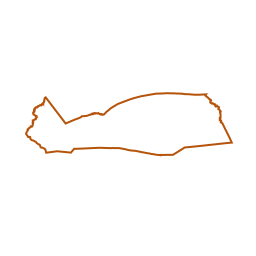 Sinazongwe, Southern, Zambia, rotated 53°
{"feature_id": "96606910B20600796740117", "entity_name": "Sinazongwe", "entity_type": "district", "adm_level": 2, "iso_a3": "ZMB", "parent_name": "Zambia", "parent_adm1": "Southern", "projection": "natural_earth1", "projection_center": [27.144, -17.456], "detail": "fine", "context": "isolated", "style": "outline", "palette": "amber", "viewbox_px": 256, "rotation_deg": 53, "n_neighbors": 0, "source": "geoboundaries", "source_scale": "gbopen_adm2", "svg_char_len": 5211}
<svg xmlns="http://www.w3.org/2000/svg" viewBox="0 0 256 256"><g transform="rotate(53 128 128)"><path d="M100.9,140.7L100.6,140.9L100.5,141.1L100.3,141.7L100.4,142.0L100.2,142.1L98.2,142.7L98.1,143.0L98.2,143.6L97.9,143.8L96.9,144.6L96.9,145.2L96.9,145.4L96.8,145.5L96.3,145.4L95.9,145.7L96.0,146.2L96.0,147.4L96.0,147.5L95.7,147.9L95.5,147.5L95.3,147.2L95.0,147.8L94.9,148.0L94.9,148.3L94.8,148.7L94.9,148.8L95.0,148.8L95.0,149.3L94.8,149.7L94.8,150.0L94.7,150.3L94.3,150.8L93.7,153.1L93.0,154.5L90.9,157.7L90.8,157.9L90.9,158.4L91.0,159.5L90.5,161.5L89.1,166.1L86.9,175.1L54.0,175.3L53.9,175.8L53.9,176.0L54.1,176.7L54.3,177.0L55.1,177.5L55.2,177.9L55.3,178.1L55.5,178.2L55.5,178.3L55.8,178.6L56.1,178.8L56.3,178.9L56.3,179.1L56.6,179.3L56.9,179.7L57.1,180.4L57.1,180.6L57.0,180.8L57.3,181.0L57.2,181.0L57.3,181.3L57.4,181.5L57.5,181.8L57.3,182.0L57.6,182.5L57.7,182.9L57.7,183.2L57.3,183.1L57.4,183.6L57.4,183.9L57.2,184.0L57.0,184.3L57.0,184.6L56.8,184.6L56.8,184.8L56.8,185.6L56.8,186.0L56.7,186.2L56.7,186.5L56.7,186.8L56.7,187.0L56.8,187.1L56.7,187.3L56.4,187.2L56.4,187.6L56.5,187.9L56.5,188.2L56.4,188.4L56.6,188.5L56.4,188.7L56.4,188.9L56.4,189.1L56.2,189.2L56.2,189.4L56.1,189.5L56.3,190.1L56.3,190.3L56.2,190.6L56.3,190.7L56.6,190.9L56.4,191.4L56.5,191.6L56.7,191.8L57.0,191.7L57.2,191.4L57.3,191.5L57.5,192.0L57.7,192.4L57.8,192.3L57.9,192.0L58.0,192.1L58.1,192.3L57.9,192.4L58.2,192.6L58.3,192.9L58.5,192.9L58.6,193.0L58.3,193.3L58.2,193.3L58.6,193.7L58.5,194.2L58.6,194.4L58.7,194.6L59.0,194.8L59.2,194.7L59.5,194.9L59.6,195.0L60.3,195.4L60.5,195.3L60.5,195.1L60.8,195.0L61.7,194.7L62.0,194.6L62.8,194.2L63.1,194.2L63.4,194.2L63.5,194.2L63.3,194.4L63.3,194.5L63.5,194.8L63.7,194.7L63.8,194.3L64.1,194.6L64.1,194.9L64.5,195.1L64.8,195.2L64.9,195.5L65.1,195.6L65.4,196.2L65.5,196.5L65.4,196.6L65.0,197.0L65.1,197.3L65.0,197.7L65.1,197.9L64.9,198.5L65.1,199.4L64.8,199.6L65.4,200.1L65.9,200.1L66.2,200.3L66.4,200.2L66.5,200.3L66.6,201.1L66.8,201.1L67.1,201.3L67.5,201.3L67.7,201.6L67.9,201.9L68.1,202.3L68.7,202.7L68.7,202.8L68.7,203.5L69.0,203.8L69.1,204.0L68.9,204.4L68.8,204.5L68.2,204.6L68.1,204.8L68.4,205.1L68.7,206.2L68.5,207.0L68.5,207.8L68.6,208.3L68.7,208.6L68.8,208.9L69.0,208.8L69.3,208.7L69.5,209.2L69.9,210.3L70.4,211.5L71.0,212.6L71.2,212.8L71.3,212.9L72.1,213.0L74.1,213.0L74.9,213.2L75.0,213.1L75.3,213.0L75.7,212.2L76.0,211.8L76.1,211.7L76.4,211.6L76.6,211.6L77.2,212.1L77.7,212.4L78.1,212.5L78.9,212.4L79.7,212.2L81.6,210.8L82.4,210.6L83.5,210.0L83.9,209.9L84.7,210.0L85.0,210.0L85.7,209.7L86.9,209.4L87.2,209.3L87.5,209.1L87.7,208.9L87.9,208.7L88.8,208.6L89.7,209.0L90.6,209.3L90.8,209.4L91.0,209.3L91.4,209.1L92.0,208.3L92.7,207.9L94.3,207.1L94.9,207.1L95.3,206.9L98.5,208.2L104.0,198.5L113.3,188.4L112.2,183.5L113.2,182.2L115.4,179.1L126.6,162.7L133.7,153.9L135.4,151.4L136.3,150.5L137.4,148.8L139.1,146.8L139.9,146.1L140.5,145.5L142.9,143.3L145.4,141.3L146.4,140.5L147.1,139.7L148.5,138.4L150.1,136.4L152.0,134.7L153.6,133.2L154.3,132.7L155.0,132.0L157.0,130.2L157.9,129.4L158.9,128.5L160.7,126.8L161.6,125.9L162.9,124.9L163.9,123.7L165.7,122.2L166.4,121.5L167.1,120.7L167.5,120.2L168.3,119.4L168.5,119.2L168.4,119.2L176.5,108.2L177.6,95.7L177.6,94.6L185.1,82.3L196.7,62.8L199.3,58.5L202.1,53.9L195.7,52.5L186.8,50.9L181.2,49.8L180.7,49.8L180.3,50.1L179.4,50.4L179.2,50.4L178.7,49.4L178.3,49.3L178.0,49.3L177.8,49.7L177.5,49.9L177.0,50.0L176.8,50.0L176.6,49.6L176.5,49.0L176.4,48.8L176.1,48.6L175.7,48.8L175.3,48.8L175.2,48.8L175.1,48.6L175.3,47.9L175.2,47.7L174.9,47.3L174.0,46.9L172.8,45.8L172.0,45.6L171.7,45.4L171.3,45.4L171.1,45.2L171.0,44.9L171.0,44.6L170.9,44.3L170.6,44.4L170.1,44.5L170.0,44.4L169.9,44.3L170.0,44.0L169.9,43.9L169.7,43.8L167.5,44.3L167.3,44.5L167.1,44.4L166.8,43.8L166.7,43.5L166.6,43.4L166.5,43.0L166.4,42.9L166.0,42.8L165.6,43.0L165.4,43.2L165.2,43.2L164.9,43.3L164.6,43.5L164.1,43.7L163.5,43.5L163.4,43.6L163.6,44.1L164.0,44.3L164.0,44.5L163.9,44.7L163.7,45.0L163.3,45.0L163.1,44.9L162.7,45.0L162.2,44.8L161.4,44.3L161.2,44.3L160.8,44.9L160.5,45.3L160.3,45.4L160.2,45.4L159.7,45.2L159.3,45.7L159.0,45.7L158.8,46.4L158.7,46.4L158.1,46.6L157.2,47.0L157.0,46.9L156.8,46.4L156.6,46.1L156.2,46.1L155.8,45.9L155.7,45.8L155.8,45.4L156.0,45.5L156.1,45.4L156.1,45.1L155.9,44.9L155.1,45.0L154.8,45.1L154.5,45.3L153.9,45.7L153.6,45.7L153.4,45.6L153.1,45.6L152.4,45.8L152.0,45.9L151.7,45.9L151.5,46.0L151.1,46.1L150.9,46.1L150.3,46.3L150.2,46.4L149.8,46.4L149.3,46.5L148.8,46.7L148.7,46.7L148.7,46.3L148.6,46.1L147.8,46.0L147.8,45.9L147.1,46.9L144.5,50.8L142.0,54.2L139.0,57.6L138.6,58.1L138.1,58.6L137.6,59.1L136.8,60.2L135.5,61.8L134.9,62.5L133.1,64.2L132.4,65.2L131.9,65.7L130.9,66.9L129.5,68.7L128.3,70.0L127.8,70.8L127.3,71.3L125.8,73.3L123.9,75.6L123.3,76.5L121.9,78.6L121.4,79.4L120.6,80.6L119.8,81.5L119.5,82.1L117.4,85.0L110.5,98.5L107.4,106.1L106.9,107.6L106.5,108.9L106.0,110.2L105.4,112.5L104.8,114.4L102.8,121.3L102.5,123.0L102.5,123.7L102.4,124.5L102.3,125.4L102.2,125.8L102.1,127.6L101.9,129.3L101.9,130.6L102.0,131.7L102.1,133.0L102.1,133.5L102.1,134.3L102.1,134.8L102.2,135.7L102.2,136.0L102.6,138.1L102.7,139.2L102.3,139.6L102.2,140.4L102.0,140.6L101.7,140.8L101.3,140.9L100.9,140.7Z" fill="none" stroke="#b45309" stroke-width="2"/></g></svg>